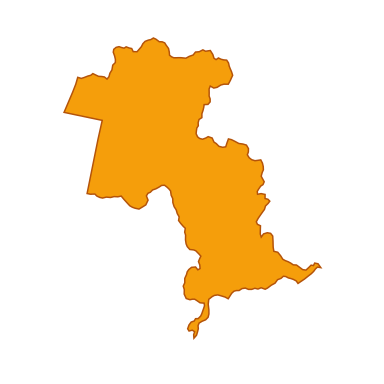 Águia Branca, Espírito Santo, Brazil (Robinson projection), rotated 12°
{"feature_id": "56859067B39883742727506", "entity_name": "Águia Branca", "entity_type": "district", "adm_level": 2, "iso_a3": "BRA", "parent_name": "Brazil", "parent_adm1": "Espírito Santo", "projection": "robinson", "projection_center": [-40.718, -18.996], "detail": "fine", "context": "isolated", "style": "filled", "palette": "amber", "viewbox_px": 384, "rotation_deg": 12, "n_neighbors": 0, "source": "geoboundaries", "source_scale": "gbopen_adm2", "svg_char_len": 3874}
<svg xmlns="http://www.w3.org/2000/svg" viewBox="0 0 384 384"><g transform="rotate(12 192 192)"><path d="M166.3,54.4L164.6,57.8L161.1,59.9L158.2,62.4L153.5,62.9L150.9,63.4L148.6,64.0L146.3,64.5L143.9,64.0L141.6,62.9L140.7,59.9L139.2,56.5L136.0,53.6L134.3,51.8L131.6,51.3L128.7,51.8L124.9,50.0L122.2,49.4L120.0,51.5L117.7,52.5L114.8,54.4L113.1,57.2L112.3,60.3L110.9,62.9L109.1,66.2L105.3,66.9L103.2,64.2L100.6,64.2L97.4,63.7L95.7,65.4L92.9,65.3L90.4,65.0L87.7,66.3L85.8,68.7L85.9,71.6L88.0,75.0L89.5,78.2L90.1,81.3L88.1,84.4L88.3,89.2L87.0,92.9L86.8,96.5L85.4,99.2L82.4,97.7L79.7,97.8L76.5,98.3L73.2,97.5L70.4,96.8L68.7,98.9L66.1,100.2L62.6,102.5L60.1,103.9L56.4,103.6L55.9,110.7L54.5,119.2L50.3,140.7L62.4,140.7L89.3,140.6L89.1,159.6L89.7,215.3L93.0,215.3L97.4,214.2L99.9,215.8L103.0,216.5L105.8,216.5L109.3,214.8L113.5,214.3L116.7,212.7L120.5,212.1L123.6,210.7L127.0,213.4L131.3,216.5L134.0,218.4L136.8,219.3L139.7,219.7L143.7,219.7L146.7,216.9L149.5,214.2L150.7,209.1L148.2,205.3L149.2,202.4L151.3,200.9L153.0,198.2L156.0,196.4L158.7,194.1L160.9,191.9L163.7,191.1L166.3,192.3L168.5,193.6L170.8,195.4L172.3,199.5L174.5,202.4L175.5,206.4L177.6,210.1L180.2,212.7L182.1,216.2L184.6,219.0L184.8,222.7L187.5,225.1L190.7,227.5L193.0,228.9L193.2,232.8L194.7,235.5L195.6,240.2L197.0,243.9L198.7,246.4L201.8,248.7L205.6,248.3L207.9,248.7L211.4,251.0L214.0,252.9L213.3,255.8L212.8,258.7L214.8,261.8L215.8,265.2L213.9,266.9L211.1,264.6L207.2,265.8L205.0,268.5L203.9,271.1L203.8,273.9L202.9,278.0L203.8,282.3L203.0,285.9L204.7,288.9L205.6,293.5L208.5,297.4L212.4,297.8L214.6,296.8L216.9,296.3L219.6,297.3L222.9,298.7L227.0,298.2L227.9,300.8L227.5,304.1L226.9,308.9L226.3,311.5L224.4,314.5L221.8,315.2L221.0,317.7L218.2,319.4L216.7,322.7L216.2,326.7L218.0,328.6L221.0,327.1L223.6,328.1L223.3,331.3L224.3,334.6L226.2,331.2L226.5,327.7L226.6,324.4L225.7,321.5L226.2,318.7L228.8,316.3L231.9,314.2L233.8,311.2L233.9,307.8L233.0,303.7L231.2,298.4L230.7,293.5L233.5,290.1L235.4,288.5L238.6,287.3L241.9,287.5L246.3,287.9L249.6,288.9L250.8,285.7L251.9,282.8L253.7,280.3L255.8,279.2L258.5,278.6L261.0,276.1L264.1,274.9L267.4,275.5L270.7,274.8L273.5,273.1L276.7,273.2L279.5,271.3L283.8,271.9L285.8,270.3L289.0,266.6L292.2,263.9L293.9,260.0L297.0,258.0L298.9,255.4L301.4,255.2L304.1,256.0L306.6,256.1L309.2,256.4L312.4,257.3L314.7,259.4L317.1,256.9L320.2,253.7L323.3,249.9L325.7,247.1L327.5,244.4L328.8,241.5L330.3,239.4L333.7,239.2L330.2,236.0L326.8,236.0L326.1,238.7L323.7,238.8L321.9,241.6L319.7,244.7L316.4,244.9L312.9,243.3L309.4,241.7L306.2,242.2L303.3,241.0L300.5,240.2L297.4,239.7L294.8,238.9L291.9,235.9L288.4,233.1L284.4,233.0L282.9,229.2L282.2,226.4L281.5,223.4L280.1,218.3L277.5,216.1L274.1,216.2L270.7,218.1L269.1,221.7L267.5,218.9L266.6,214.2L266.0,210.8L262.7,210.0L261.1,207.8L262.2,204.0L263.9,199.9L265.4,196.4L266.5,194.0L266.8,190.4L268.8,187.4L270.0,184.8L267.8,183.3L264.8,183.2L264.0,179.2L259.9,179.2L256.6,180.6L255.7,177.9L256.6,175.2L258.0,171.9L259.9,170.0L260.5,167.0L256.4,162.2L256.6,158.4L257.2,155.4L256.4,152.3L254.9,149.1L252.6,146.3L250.2,147.2L247.1,148.3L243.7,148.0L240.8,146.6L238.4,144.1L238.8,141.1L238.2,137.8L235.5,134.8L231.8,134.5L227.7,134.8L223.3,133.5L219.8,132.6L216.6,132.5L216.0,136.7L215.6,140.8L212.7,141.9L208.8,141.7L205.7,139.6L203.1,138.6L200.5,135.0L196.3,134.5L194.3,136.3L191.3,138.2L188.2,138.0L186.0,136.9L183.9,134.1L183.6,131.2L183.4,128.4L184.4,125.9L183.6,122.9L183.8,119.6L186.2,117.2L185.4,113.4L185.8,110.0L185.9,107.0L185.7,104.0L189.4,103.0L191.0,100.1L190.4,97.2L188.8,94.6L188.2,91.5L187.3,87.7L187.8,84.6L191.7,85.8L194.8,84.4L197.9,81.4L200.8,79.9L205.1,79.0L206.3,74.9L207.5,69.4L205.7,66.2L203.7,63.4L202.2,61.1L200.9,58.2L198.5,55.8L195.5,56.2L192.7,56.1L190.0,55.4L188.0,57.5L185.7,56.6L183.8,53.2L180.5,49.8L176.0,51.5L173.1,50.7L169.9,53.3L166.3,54.4Z" fill="#f59e0b" stroke="#b45309" stroke-width="1.5"/></g></svg>